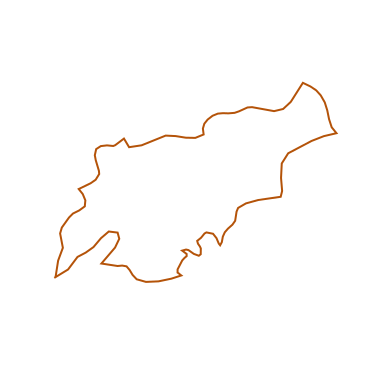 Capiz, orthographic projection, rotated 166°
{"feature_id": "PHL-2528", "entity_name": "Capiz", "entity_type": "Province", "adm_level": 1, "iso_a3": "PHL", "parent_name": "Philippines", "parent_adm1": "", "projection": "orthographic", "projection_center": [122.669, 11.385], "detail": "fine", "context": "isolated", "style": "outline", "palette": "amber", "viewbox_px": 384, "rotation_deg": 166, "n_neighbors": 0, "source": "natural_earth", "source_scale": "10m", "svg_char_len": 1566}
<svg xmlns="http://www.w3.org/2000/svg" viewBox="0 0 384 384"><g transform="rotate(166 192 192)"><path d="M177.6,133.5L178.5,135.5L179.4,141.3L181.7,146.4L187.8,149.3L189.9,148.7L194.3,145.4L198.8,143.3L198.7,140.4L197.5,137.2L197.1,135.1L198.6,129.5L200.8,128.5L205.2,131.5L209.5,136.5L211.7,137.6L215.7,137.5L212.2,133.2L212.7,131.1L215.3,129.8L218.0,128.0L224.7,120.4L225.5,117.3L224.5,116.2L223.7,115.0L222.6,113.6L233.0,112.9L246.1,113.4L258.4,115.9L266.8,120.7L269.7,125.9L271.4,131.4L273.5,135.7L277.5,137.5L282.1,138.2L297.2,144.5L280.1,156.7L273.9,164.2L274.0,170.6L282.3,173.8L291.5,169.2L300.9,162.4L309.8,158.9L318.8,156.7L331.0,146.8L346.4,142.0L345.0,142.4L338.5,157.8L330.8,169.1L330.0,183.7L326.9,189.0L317.5,197.0L312.7,199.9L305.9,201.4L299.5,204.0L297.5,209.7L298.5,216.4L301.2,222.3L288.3,225.0L282.5,227.2L277.7,231.9L277.2,235.0L277.7,246.2L277.4,251.2L274.6,256.8L269.4,258.6L263.2,257.8L257.3,255.7L255.2,256.0L245.1,260.3L242.2,250.7L229.6,249.5L203.9,253.1L194.3,250.2L184.9,246.2L175.7,243.7L166.8,245.0L166.1,250.9L163.5,255.3L159.3,258.5L153.6,261.0L148.0,261.8L142.9,261.0L137.6,259.5L131.5,258.5L126.9,258.9L117.7,260.6L113.2,259.8L92.8,250.6L83.5,250.5L74.3,255.6L58.0,271.1L51.5,265.7L46.9,260.6L43.7,254.6L41.5,246.8L41.0,238.5L41.4,229.5L40.8,221.0L37.6,214.1L50.5,214.3L63.7,212.6L89.3,206.3L98.0,198.0L102.2,184.1L104.3,171.2L107.1,165.9L129.7,168.2L142.4,167.9L151.1,165.4L153.5,162.2L157.1,153.6L160.7,150.5L165.9,147.8L169.9,145.0L172.9,141.2L175.2,136.1L177.6,133.5Z" fill="none" stroke="#b45309" stroke-width="2"/></g></svg>